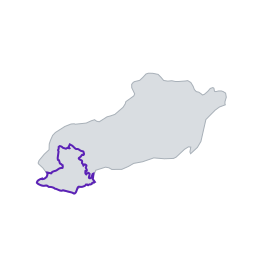 Shkodër highlighted on a map of Albania, rotated 252°
{"feature_id": "ALB-1498", "entity_name": "Shkodër", "entity_type": "County", "adm_level": 1, "iso_a3": "ALB", "parent_name": "Albania", "parent_adm1": "", "projection": "albers", "projection_center": [19.744, 42.245], "detail": "fine", "context": "in_parent", "style": "outline", "palette": "violet", "viewbox_px": 256, "rotation_deg": 252, "n_neighbors": 0, "source": "natural_earth", "source_scale": "10m", "svg_char_len": 3992}
<svg xmlns="http://www.w3.org/2000/svg" viewBox="0 0 256 256"><g transform="rotate(252 128 128)"><path d="M85.7,78.7L85.9,75.2L86.7,69.8L86.2,68.0L86.7,64.8L85.2,60.7L82.6,57.7L85.1,52.4L88.8,46.0L92.1,41.0L96.2,35.7L98.9,30.6L101.8,26.3L104.3,24.9L105.5,25.8L106.2,27.8L106.0,33.4L106.9,35.3L108.6,36.8L112.2,36.1L116.3,34.7L121.7,31.7L122.6,31.8L124.6,33.4L128.9,40.2L131.7,46.2L137.2,48.2L140.3,50.5L144.3,54.1L146.2,57.6L149.0,68.5L149.4,75.1L148.6,78.2L147.9,79.0L145.6,89.8L146.2,95.2L146.2,98.8L144.1,100.3L142.8,102.6L145.1,111.5L144.9,115.3L145.0,119.7L149.2,129.7L151.7,132.7L153.8,134.2L156.7,143.4L158.4,144.9L165.1,144.0L168.4,145.0L169.8,147.1L170.1,148.6L169.7,153.8L171.5,157.7L173.8,161.8L173.8,164.3L172.4,168.4L169.7,173.2L166.1,175.0L162.2,176.6L160.3,180.3L159.4,184.3L157.7,187.2L156.6,190.4L155.0,197.0L154.6,199.4L151.9,201.8L147.7,202.8L144.0,203.0L141.5,204.2L140.2,206.4L137.8,208.2L136.4,209.0L136.4,211.0L138.2,215.2L140.2,218.5L140.2,221.2L139.3,222.0L136.2,221.6L135.5,222.6L135.2,225.7L134.4,228.2L133.2,229.8L131.0,231.6L126.9,231.0L123.1,228.4L121.2,227.7L120.0,227.7L119.7,221.4L118.1,216.5L112.0,204.7L92.7,193.2L88.1,188.0L86.1,183.7L84.2,179.6L86.1,179.5L88.0,180.5L90.4,181.8L91.4,179.7L90.3,175.2L85.4,164.7L85.0,161.9L87.5,153.1L91.6,143.3L91.4,131.4L92.6,122.4L91.3,116.5L90.6,109.3L93.6,99.8L96.1,97.5L97.7,94.5L97.8,84.3L92.2,79.6L85.7,78.7Z" fill="#d9dde1" stroke="#a8b0b8" stroke-width="1"/><path d="M106.5,29.0L106.5,29.7L106.4,29.6L106.2,30.0L105.8,30.8L105.7,31.3L105.6,32.3L105.7,32.8L105.8,33.5L106.7,35.6L108.4,36.9L109.3,37.3L110.2,37.4L110.7,37.3L110.4,38.0L110.2,38.2L110.0,38.5L109.8,38.7L109.6,38.9L109.5,39.2L109.3,39.9L109.1,40.2L108.7,40.6L108.6,40.8L108.6,41.1L109.5,42.1L109.6,42.5L109.7,43.1L109.8,44.8L109.7,45.4L109.7,46.2L109.9,47.3L110.6,49.6L110.8,50.6L110.8,51.2L110.7,51.4L110.6,51.6L110.6,51.9L110.6,52.1L110.5,52.7L110.3,53.2L110.4,53.5L110.8,53.7L111.5,54.1L112.8,54.3L113.0,53.9L113.4,53.8L113.6,53.7L113.8,53.6L114.2,53.4L114.9,52.6L115.2,52.4L115.5,52.3L118.6,52.4L119.4,51.5L120.6,51.7L121.3,51.9L127.1,54.7L128.3,54.6L128.7,54.7L129.0,55.0L129.2,55.3L129.5,55.5L129.9,55.7L131.5,56.3L131.9,57.5L131.3,58.5L130.5,59.3L129.8,59.7L129.3,60.0L129.0,60.4L127.6,62.4L127.5,62.9L127.7,63.5L127.8,64.0L127.5,64.9L126.8,65.9L126.8,66.1L127.4,66.0L127.8,65.9L128.1,65.6L128.4,65.6L128.7,65.9L129.2,66.5L130.4,67.6L128.3,69.6L125.1,71.3L124.5,71.7L124.0,72.2L123.6,73.6L123.1,74.3L122.6,74.7L121.9,75.2L120.7,76.3L120.4,76.8L119.8,77.9L119.5,78.1L119.1,78.3L117.1,78.2L116.6,78.0L116.4,77.8L116.2,77.5L116.1,77.2L116.2,76.9L116.6,76.5L116.7,76.3L116.7,76.1L116.6,75.8L115.6,74.5L115.4,74.2L115.0,73.1L114.8,72.4L114.7,72.1L114.4,71.8L114.1,71.8L113.6,71.9L113.0,72.3L112.5,72.9L112.0,73.3L111.6,73.8L111.3,74.0L111.0,74.1L110.5,74.1L109.7,73.8L109.3,73.5L109.0,73.4L108.7,73.4L107.7,73.9L106.1,74.0L106.7,75.3L106.8,75.5L106.7,75.8L106.5,76.0L106.1,76.4L105.7,76.7L105.3,76.9L104.6,76.6L103.7,75.9L103.3,75.6L102.8,75.6L100.9,75.9L100.5,75.8L100.1,75.6L99.9,75.4L99.8,75.2L99.8,74.9L100.0,74.6L100.2,74.4L100.3,74.2L100.2,74.1L99.5,74.0L99.1,74.0L98.8,73.8L98.7,73.6L98.3,73.5L97.5,73.6L96.9,73.9L97.1,74.2L97.4,75.0L97.6,76.4L97.0,77.0L96.2,77.3L95.3,76.9L93.6,75.8L92.9,75.5L92.4,75.6L92.0,76.1L91.9,76.9L92.1,77.7L95.2,80.2L95.3,81.0L92.0,79.6L91.3,79.1L90.3,78.7L86.9,79.8L86.8,79.1L86.9,77.3L86.5,76.5L86.0,76.1L85.9,75.8L85.9,75.5L85.9,75.1L85.9,74.7L86.1,74.4L86.3,73.9L85.9,72.3L86.2,72.0L86.6,72.0L86.9,71.7L87.2,70.5L86.8,70.1L86.3,69.0L86.2,67.7L86.2,66.3L86.5,65.1L87.4,63.1L87.3,62.4L87.2,62.3L86.4,61.3L83.5,59.1L82.7,58.2L82.2,57.1L82.3,56.4L82.8,55.9L83.9,54.8L88.8,47.1L88.9,46.8L88.8,45.8L88.9,45.3L89.4,44.2L89.7,43.8L92.3,40.8L93.0,39.6L94.0,39.0L94.8,38.0L95.5,36.9L96.1,35.6L96.4,34.5L97.0,34.0L97.8,33.6L98.4,32.9L98.7,32.0L99.0,30.2L99.3,29.3L100.1,27.9L101.5,26.3L102.0,25.8L102.9,25.0L104.1,24.4L105.2,25.1L106.0,26.5L106.4,28.3L106.5,29.0Z" fill="none" stroke="#5b21b6" stroke-width="2"/></g></svg>